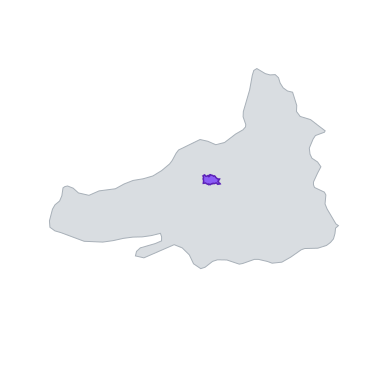 location of Rancho Arriba, San José de Ocoa, Dominican Republic, rotated 161°
{"feature_id": "3306468B42519572872146", "entity_name": "Rancho Arriba", "entity_type": "district", "adm_level": 2, "iso_a3": "DOM", "parent_name": "Dominican Republic", "parent_adm1": "San José de Ocoa", "projection": "albers", "projection_center": [-70.446, 18.713], "detail": "fine", "context": "in_parent", "style": "filled", "palette": "violet", "viewbox_px": 384, "rotation_deg": 161, "n_neighbors": 0, "source": "geoboundaries", "source_scale": "gbopen_adm2", "svg_char_len": 3929}
<svg xmlns="http://www.w3.org/2000/svg" viewBox="0 0 384 384"><g transform="rotate(161 192 192)"><path d="M64.4,253.6L64.8,239.7L67.0,234.1L65.1,228.2L56.3,221.8L51.0,213.7L46.2,206.5L47.3,205.4L56.9,205.2L60.3,202.6L66.8,195.3L68.1,189.4L67.6,184.9L63.5,179.5L61.9,173.9L67.1,169.0L73.9,161.9L74.8,159.2L74.7,156.4L66.9,148.8L66.4,145.6L70.1,137.4L69.8,132.0L66.3,115.0L64.5,112.5L68.0,111.1L70.4,106.1L73.5,101.6L77.5,99.2L82.2,97.7L91.3,97.9L104.0,101.9L107.6,101.8L119.8,98.3L129.9,96.4L139.4,98.6L143.2,101.7L151.0,106.6L155.0,108.0L167.4,107.9L170.8,108.4L181.2,116.4L190.0,119.6L195.1,119.7L204.2,116.6L208.7,116.7L213.9,123.6L215.0,133.4L219.4,142.3L226.0,148.0L258.9,145.4L266.3,150.0L263.8,153.9L259.1,156.0L243.5,155.2L236.7,155.7L235.3,159.6L235.3,163.2L244.5,164.0L253.4,165.7L262.6,168.6L271.9,170.5L282.4,171.7L292.7,173.7L310.0,180.5L329.2,196.3L334.3,199.9L337.8,204.9L336.2,211.1L329.5,221.2L325.7,224.5L320.1,226.6L316.3,230.8L312.6,237.9L310.4,238.5L307.7,238.2L303.1,234.3L299.7,228.1L290.5,222.4L279.5,223.3L263.4,220.0L253.6,221.7L243.9,222.1L233.9,220.4L223.8,219.9L213.8,222.1L204.1,225.8L200.5,228.2L194.3,233.9L191.0,236.1L167.3,239.0L160.5,234.8L154.2,229.0L145.1,228.2L131.9,232.6L123.6,234.2L120.2,236.1L119.2,238.3L119.2,246.4L117.3,251.3L104.3,269.7L97.0,282.7L94.0,286.8L90.5,287.6L84.2,280.1L80.1,277.3L75.1,275.9L73.0,271.9L73.2,266.3L71.9,260.8L68.8,256.4L64.4,253.6Z" fill="#d9dde1" stroke="#a8b0b8" stroke-width="1"/><path d="M161.7,195.3L162.1,195.5L162.4,195.5L162.5,195.6L162.8,195.7L163.0,195.8L163.3,195.9L163.5,196.0L163.7,196.3L163.8,196.4L163.8,196.5L164.1,196.8L164.3,197.2L164.3,197.3L164.5,197.5L164.7,197.9L164.8,198.1L164.9,198.4L164.9,198.9L164.9,199.0L165.0,199.1L165.1,199.3L165.2,199.5L165.4,199.8L165.6,200.0L165.9,200.0L166.0,200.0L166.2,199.9L166.3,199.9L166.4,200.0L166.5,200.0L166.6,200.3L166.8,200.5L167.0,200.8L167.5,201.2L167.6,201.3L167.8,201.4L168.0,201.5L168.5,201.7L168.6,201.8L168.7,202.1L168.8,202.2L168.8,202.3L169.0,202.4L169.3,202.5L169.4,202.4L169.6,202.4L169.8,202.2L170.0,201.8L170.2,201.5L170.2,201.4L170.3,201.4L170.6,201.2L170.8,201.0L171.0,201.0L171.3,201.1L171.4,201.4L171.4,201.5L171.2,201.9L171.1,202.0L171.2,202.3L171.3,202.4L171.5,202.4L171.8,202.3L172.0,202.2L172.3,202.2L173.3,202.2L173.5,202.2L173.6,202.3L173.8,202.4L173.9,202.5L174.0,202.7L174.1,202.9L174.2,203.2L174.3,203.3L174.3,203.5L174.4,203.9L174.4,204.0L174.5,204.1L174.9,204.1L175.0,204.1L175.3,203.9L175.5,203.9L175.8,203.7L176.4,203.6L176.3,203.4L176.3,203.2L176.3,202.9L176.3,202.7L176.3,202.4L176.3,202.2L176.5,202.0L176.5,201.8L176.7,201.5L176.8,201.3L176.8,201.2L177.1,201.0L177.2,200.9L177.3,200.4L177.3,200.2L177.2,199.8L177.2,199.6L177.3,199.4L177.4,199.1L177.4,198.8L177.5,198.5L177.5,198.3L177.5,198.2L178.0,197.7L178.1,197.4L178.2,197.2L178.4,196.7L178.5,196.5L178.1,196.4L177.7,196.3L177.1,196.3L176.9,196.3L176.7,196.3L176.3,196.0L176.2,196.0L176.1,195.9L175.9,195.6L175.8,195.3L174.9,194.5L174.8,194.4L174.7,194.3L174.6,194.2L174.3,194.2L173.9,194.2L173.7,194.2L173.4,194.0L173.4,193.9L173.4,193.7L173.5,193.4L173.3,193.4L173.1,193.4L172.9,193.4L172.6,193.2L172.4,193.0L172.2,193.0L171.9,193.2L171.5,193.2L171.4,193.2L171.3,193.3L171.1,193.4L170.8,193.4L170.7,193.4L170.2,193.1L169.9,193.1L169.5,193.2L169.5,193.3L169.4,193.3L169.2,193.4L168.7,192.8L168.5,192.7L168.4,192.7L168.2,192.7L166.5,192.7L166.3,192.7L166.2,192.7L165.9,192.4L165.8,192.2L165.7,192.0L165.6,191.8L165.5,191.5L165.4,191.4L165.4,191.2L165.2,190.9L164.9,190.8L164.7,190.8L164.1,190.8L163.9,190.8L163.8,190.7L163.5,190.6L163.4,190.6L163.0,190.5L162.7,190.5L162.8,190.8L162.8,191.0L163.0,191.2L163.3,191.5L163.4,191.8L163.5,191.9L163.5,192.0L163.5,192.5L163.5,192.8L163.7,193.0L163.9,193.4L163.9,193.5L164.0,193.5L163.9,193.8L163.5,194.0L163.3,194.1L163.2,194.2L162.9,194.5L162.6,194.6L162.3,194.7L162.1,194.8L161.9,195.1L161.7,195.3Z" fill="#8b5cf6" stroke="#5b21b6" stroke-width="1.5"/></g></svg>